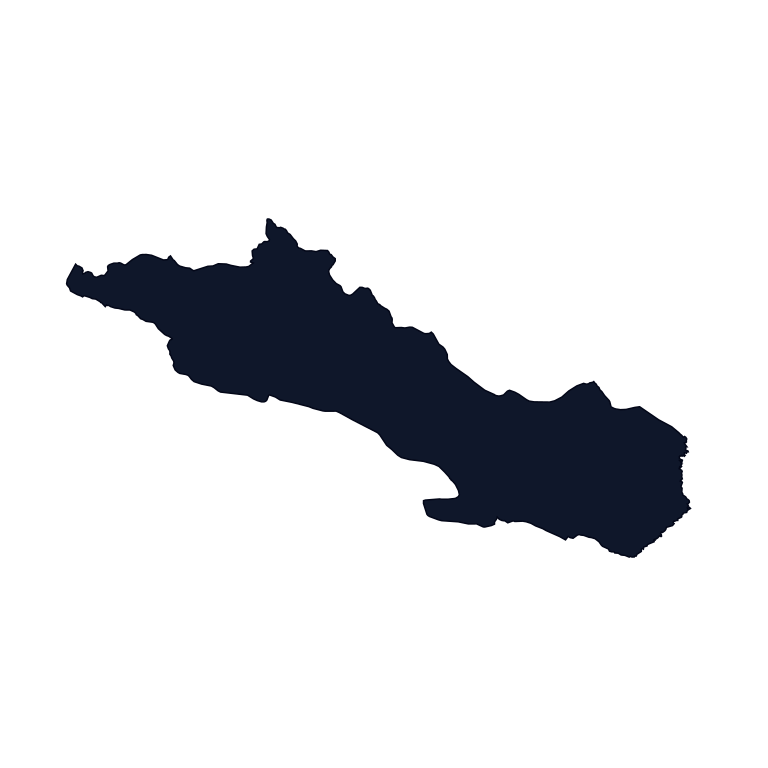 the district of Namentenga, Namentenga, Burkina Faso, rotated 297°
{"feature_id": "67063806B10845212636131", "entity_name": "Namentenga", "entity_type": "district", "adm_level": 2, "iso_a3": "BFA", "parent_name": "Burkina Faso", "parent_adm1": "Namentenga", "projection": "equal_earth", "projection_center": [-0.49, 13.239], "detail": "fine", "context": "isolated", "style": "filled", "palette": "ink", "viewbox_px": 768, "rotation_deg": 297, "n_neighbors": 0, "source": "geoboundaries", "source_scale": "gbopen_adm2", "svg_char_len": 6127}
<svg xmlns="http://www.w3.org/2000/svg" viewBox="0 0 768 768"><g transform="rotate(297 384 384)"><path d="M474.4,266.8L471.1,263.4L469.7,258.9L467.1,254.1L466.8,253.1L466.9,248.0L466.5,246.2L466.9,244.9L467.7,243.8L469.3,243.2L471.4,240.3L472.3,237.3L474.6,232.5L474.9,229.5L476.5,227.3L477.1,225.5L476.7,224.7L477.0,223.5L476.7,220.8L475.7,219.8L474.7,217.1L476.8,214.3L476.9,212.5L478.9,209.0L478.8,206.7L478.3,205.5L477.7,205.1L476.4,205.5L474.8,206.6L470.6,207.9L464.4,210.7L462.4,213.2L460.8,216.3L459.6,216.7L457.9,215.5L456.7,212.9L456.0,212.3L453.3,211.5L451.8,209.4L446.8,209.6L445.1,207.0L442.7,206.1L438.8,208.5L436.9,210.4L435.9,210.5L433.0,209.3L432.1,209.7L432.4,212.5L427.3,210.1L425.6,207.9L422.7,202.6L420.2,193.7L419.3,189.0L415.9,181.7L411.5,178.0L408.9,173.6L398.8,163.4L398.4,162.5L399.0,158.3L397.5,154.5L396.3,148.3L396.7,145.7L398.8,141.0L398.8,139.9L401.2,135.6L399.2,134.6L397.1,134.8L396.2,134.2L394.4,131.2L393.2,118.5L391.5,113.5L389.7,110.0L388.3,108.2L380.6,103.3L373.2,100.0L372.3,99.0L372.1,97.5L372.2,94.5L371.8,93.0L370.5,91.4L369.1,88.5L366.1,85.6L364.4,84.5L363.0,84.5L359.5,86.8L354.6,85.9L353.6,85.5L352.5,82.7L348.7,79.6L348.0,77.2L348.4,75.6L350.1,73.2L350.2,72.1L349.7,69.3L348.0,67.5L346.8,67.1L345.4,65.7L347.4,64.1L348.2,64.6L350.3,62.2L350.5,58.6L350.0,57.1L350.8,54.8L333.3,54.4L329.2,55.7L328.2,56.9L326.9,60.1L324.6,62.5L324.4,70.2L324.9,73.8L324.8,75.9L326.1,76.4L326.7,77.3L327.6,82.6L327.6,85.3L328.8,88.6L328.4,94.1L328.0,94.5L328.3,95.3L326.4,100.5L328.5,100.8L328.3,101.7L329.1,103.2L328.8,105.0L329.5,109.6L330.9,113.3L332.3,119.4L334.6,124.1L334.8,128.9L334.3,130.7L333.3,131.8L333.1,133.8L331.7,137.5L332.0,140.0L331.8,143.5L334.0,149.8L334.1,151.2L333.7,152.9L330.8,157.9L328.6,166.0L328.5,168.2L328.8,170.6L328.3,174.6L327.7,174.8L326.1,173.5L324.8,173.3L319.7,173.6L317.4,176.0L316.7,177.5L315.5,178.7L313.3,179.7L312.3,181.6L310.8,183.1L308.9,186.2L307.4,187.3L304.8,187.8L301.7,191.6L300.8,195.1L300.7,197.2L302.5,203.1L302.8,205.4L302.4,206.9L300.7,210.4L299.9,213.7L301.1,221.5L303.8,231.1L303.6,234.4L302.6,239.2L302.6,242.0L312.1,267.5L311.5,274.5L311.7,278.6L312.5,283.0L313.6,285.2L314.9,286.4L316.5,286.9L321.6,286.4L322.3,287.0L323.1,293.2L322.6,298.7L325.9,310.4L329.7,327.3L330.1,331.8L332.3,341.8L333.1,344.0L338.1,353.7L338.3,357.1L337.8,372.7L337.7,400.4L336.7,403.4L330.6,414.2L329.2,420.7L326.8,428.6L326.4,432.9L328.2,441.1L333.0,454.2L335.3,465.2L335.5,470.4L333.1,478.0L330.8,484.0L329.7,485.6L329.3,487.3L329.0,487.3L328.5,489.5L326.9,493.3L322.9,498.7L319.6,501.4L317.5,501.4L314.8,499.8L313.9,498.7L310.3,493.2L307.5,487.7L306.8,485.7L299.4,473.6L298.0,472.2L295.5,473.4L287.4,481.4L286.8,482.8L286.6,484.7L287.7,494.2L288.4,497.4L294.9,512.7L297.6,522.6L301.4,530.0L301.7,537.3L302.3,538.7L306.6,543.9L309.3,546.1L311.3,545.1L314.7,545.6L316.8,545.2L315.8,548.2L315.9,550.9L316.6,553.1L317.0,553.4L316.5,557.3L320.7,561.2L320.9,563.0L324.7,569.8L325.8,573.2L326.6,578.2L326.4,583.5L327.2,591.3L327.0,594.9L327.8,609.8L327.5,616.5L331.8,617.3L331.6,619.5L332.4,622.5L337.6,625.1L338.7,626.9L338.7,627.8L339.8,630.7L340.5,636.2L341.3,638.4L342.0,642.3L341.0,647.3L339.1,650.8L338.6,652.4L338.9,658.9L337.4,660.8L337.8,663.0L338.9,665.2L338.2,666.3L339.6,669.6L339.3,672.9L340.7,676.5L341.1,681.1L342.1,681.5L342.4,683.5L343.5,685.5L344.4,685.4L345.1,686.8L347.2,686.7L351.6,689.3L353.8,688.3L354.6,688.8L354.6,690.1L356.7,689.4L359.1,691.9L360.2,691.6L361.3,692.2L366.1,696.3L367.5,695.4L367.9,696.2L368.3,695.6L369.4,696.8L371.3,697.8L373.8,698.4L373.8,700.1L374.3,700.4L375.7,699.5L376.2,698.3L377.9,698.1L378.1,698.6L377.8,699.1L378.4,699.7L380.6,700.8L382.2,701.1L384.5,700.7L388.8,705.3L391.3,705.9L391.7,704.5L393.0,704.3L393.7,704.6L393.6,705.2L395.2,706.6L395.8,707.7L397.4,707.0L400.0,709.3L400.9,709.6L402.0,708.7L403.5,709.4L404.9,709.3L407.0,712.0L408.5,711.7L409.7,712.1L410.8,711.1L410.7,712.6L412.2,713.6L412.8,712.1L412.5,710.4L413.7,710.4L414.8,708.7L415.3,709.3L417.3,709.8L418.6,708.9L419.0,707.9L419.2,705.9L420.4,704.0L420.8,700.5L421.7,700.1L422.9,698.4L426.5,696.9L427.4,695.1L431.7,694.6L432.5,693.2L431.9,692.2L433.1,691.9L434.9,692.9L436.6,691.3L438.2,690.8L439.6,689.6L441.4,689.4L442.2,688.5L442.5,685.5L444.2,685.1L444.0,686.1L445.7,686.6L446.3,685.3L447.8,685.7L448.6,684.5L449.0,685.1L449.9,682.6L450.5,684.7L451.6,684.5L451.7,683.7L451.4,682.6L451.9,680.9L453.5,680.1L454.4,680.4L454.5,681.3L455.4,681.4L455.2,682.5L456.1,682.8L455.9,684.4L457.2,684.7L457.3,683.5L459.2,682.9L459.6,684.9L461.0,684.8L461.7,685.9L462.3,685.3L462.0,682.5L463.7,682.2L464.6,681.4L465.1,681.4L465.6,682.4L467.2,679.1L467.9,678.3L468.9,679.6L469.7,679.8L470.6,679.1L472.5,678.7L473.5,677.1L473.7,675.6L472.4,674.9L473.6,672.1L473.5,671.6L474.4,669.0L476.5,659.8L476.8,644.8L479.8,622.1L477.0,618.1L471.3,611.3L468.5,606.4L467.0,601.9L466.7,600.1L466.7,596.7L470.7,593.2L471.5,592.0L473.8,585.8L476.1,581.6L476.9,578.9L478.5,577.1L479.0,574.7L480.2,573.2L480.5,571.6L481.4,569.8L480.3,569.2L478.2,566.6L477.1,566.3L475.7,564.3L475.2,561.6L469.9,556.7L461.7,551.8L453.1,548.4L446.5,543.7L443.1,539.8L436.3,526.0L434.7,521.2L434.7,518.2L436.0,508.8L436.1,504.3L435.4,498.7L433.7,497.2L428.5,495.5L426.1,492.9L425.2,491.3L424.1,487.3L424.7,487.3L424.2,476.6L426.5,463.4L428.6,455.3L430.6,441.0L431.8,434.8L433.5,431.3L435.1,429.1L439.0,427.0L442.6,422.4L443.7,419.8L444.4,414.8L450.9,405.2L451.7,402.6L449.6,401.4L447.8,398.4L447.2,396.7L447.4,383.5L446.3,381.0L443.4,377.2L442.2,373.8L439.7,369.3L439.3,368.3L439.4,367.5L442.2,363.3L445.1,362.1L446.4,361.2L447.1,359.8L451.2,355.4L451.9,352.5L451.8,350.4L452.3,345.2L452.8,344.3L452.7,342.0L454.4,339.6L455.2,337.9L456.6,336.3L457.6,334.5L457.7,333.3L461.3,329.2L462.0,327.0L462.0,326.0L460.5,323.7L460.2,320.7L459.2,318.6L449.8,315.2L447.8,313.8L447.0,312.4L446.6,308.2L447.5,305.5L451.2,301.5L451.7,300.1L451.8,295.8L453.4,291.1L456.4,286.0L459.0,283.7L460.5,283.2L462.4,283.3L464.5,284.0L466.1,283.8L467.1,284.4L471.5,284.7L473.6,283.6L474.0,280.9L475.3,278.2L475.1,277.2L475.4,276.1L476.4,275.2L477.3,273.1L474.4,266.8Z" fill="#0f172a" stroke="#020617" stroke-width="1.5"/></g></svg>